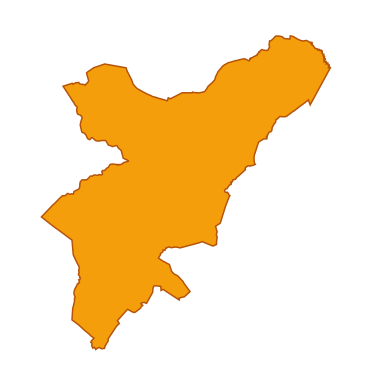 Dunalkas pag., Durbes, Latvia (Albers equal-area conic projection), rotated 83°
{"feature_id": "27541924B30514454851640", "entity_name": "Dunalkas pag.", "entity_type": "district", "adm_level": 2, "iso_a3": "LVA", "parent_name": "Latvia", "parent_adm1": "Durbes", "projection": "albers", "projection_center": [21.324, 56.682], "detail": "fine", "context": "isolated", "style": "filled", "palette": "amber", "viewbox_px": 384, "rotation_deg": 83, "n_neighbors": 0, "source": "geoboundaries", "source_scale": "gbopen_adm2", "svg_char_len": 5781}
<svg xmlns="http://www.w3.org/2000/svg" viewBox="0 0 384 384"><g transform="rotate(83 192 192)"><path d="M198.4,344.5L209.3,333.7L215.5,327.0L225.1,317.0L239.9,317.5L247.6,315.0L252.3,313.2L254.3,313.3L255.7,314.0L257.0,313.9L259.0,314.1L259.4,314.6L259.7,314.7L260.7,314.6L262.0,313.7L263.2,313.9L264.0,313.3L265.0,313.9L265.0,314.4L265.4,315.2L266.8,314.6L267.2,314.8L268.3,314.8L268.4,315.7L269.2,316.0L269.3,317.0L269.8,317.1L273.5,319.7L275.8,321.0L278.5,321.6L282.2,320.9L283.0,321.1L283.3,321.6L286.3,322.0L293.5,324.7L304.3,326.7L310.2,320.6L315.9,315.8L320.8,311.1L322.0,310.4L325.1,307.1L327.9,310.4L329.0,310.7L329.4,309.9L330.3,309.6L332.2,310.3L334.9,309.4L334.2,308.4L334.3,307.8L336.6,306.7L335.5,305.0L335.0,303.3L335.2,302.7L336.6,300.9L336.5,297.9L334.4,297.1L331.1,294.6L330.2,293.6L327.4,293.0L315.7,283.0L313.7,280.2L310.6,281.7L300.5,270.2L303.7,265.9L304.6,263.9L304.0,262.2L301.1,257.4L299.7,256.4L298.6,254.7L296.7,256.3L295.9,255.5L295.8,252.9L297.0,250.7L286.8,243.3L283.4,242.6L280.8,241.5L280.5,239.9L281.9,234.5L285.9,234.7L285.1,232.6L297.6,217.9L296.4,217.5L295.9,217.8L295.3,215.5L295.1,212.4L290.6,206.1L281.8,211.0L279.6,211.9L273.6,216.3L272.8,217.3L271.1,219.9L268.3,221.9L261.5,223.2L260.9,223.7L259.3,226.1L258.5,227.0L257.2,229.2L253.4,233.4L250.4,230.9L249.1,230.8L248.8,229.8L247.8,228.2L246.0,227.8L246.6,226.0L244.3,224.5L244.6,224.2L243.6,222.0L244.8,219.2L244.6,217.2L244.7,214.5L246.0,210.6L243.9,195.5L243.2,190.7L242.5,187.7L243.3,186.6L248.2,177.8L247.0,174.0L245.7,174.0L239.6,172.5L237.3,173.1L234.8,171.9L228.8,172.8L226.5,168.0L224.9,167.1L210.7,160.7L203.7,157.0L200.6,155.3L200.3,154.8L199.1,155.8L197.2,156.4L197.0,156.6L196.8,157.5L196.6,157.4L196.6,157.8L196.3,158.7L195.6,159.5L194.5,159.5L193.2,158.5L193.0,156.9L190.0,154.3L189.4,153.3L189.2,152.3L188.9,152.1L188.3,152.3L187.8,151.8L187.1,152.2L187.0,151.9L186.8,151.8L186.9,151.3L186.6,150.7L186.0,150.2L185.3,150.3L184.9,149.7L184.7,147.3L183.0,145.9L181.9,144.1L176.4,136.3L175.9,136.4L174.3,136.0L172.7,133.0L172.9,132.3L173.4,131.6L173.1,130.1L173.2,129.3L172.3,125.8L171.1,126.4L169.7,126.5L166.0,126.4L162.9,125.6L150.9,120.0L150.6,119.7L149.4,117.3L148.2,114.7L148.1,113.5L148.4,111.4L146.8,110.7L146.1,111.4L145.2,110.1L144.6,110.1L142.0,108.1L141.7,106.2L140.7,105.3L137.6,104.5L134.6,102.2L134.3,102.2L134.1,101.7L133.5,101.1L132.2,100.3L130.3,99.8L130.3,99.4L129.1,97.2L127.8,96.0L127.8,95.5L128.1,94.2L128.6,91.0L128.4,89.0L124.6,82.4L123.9,80.7L120.1,74.5L118.8,72.0L114.8,65.2L119.9,64.1L85.5,39.5L85.0,39.9L85.8,40.3L85.3,40.8L85.3,41.5L84.7,41.4L84.7,40.9L82.9,40.4L83.1,40.9L83.0,41.2L82.5,41.1L81.9,41.5L81.0,41.4L81.2,41.9L80.6,42.1L80.9,42.8L80.6,42.6L80.4,42.8L80.0,42.4L79.2,42.8L79.8,43.3L79.1,43.5L79.1,43.9L78.5,43.8L77.6,44.4L78.0,44.8L77.6,44.7L76.9,45.0L76.7,44.5L76.9,44.0L76.6,43.5L76.2,43.7L76.5,43.8L76.5,44.1L76.0,44.4L75.7,44.0L75.4,44.6L74.8,45.0L74.3,44.5L73.8,44.8L73.5,44.1L73.1,44.5L73.3,44.8L72.7,45.1L72.3,45.0L72.3,44.5L71.5,44.4L71.6,45.0L71.3,45.1L71.3,45.3L69.8,45.7L69.7,46.1L69.3,45.7L68.5,45.6L68.7,46.4L68.1,45.6L67.9,45.7L67.0,46.4L67.5,47.3L67.3,47.8L67.0,47.3L65.9,48.4L66.4,49.6L65.8,49.6L65.5,49.9L65.7,50.3L65.0,50.5L64.6,52.3L63.8,52.5L62.5,53.5L61.5,53.7L60.7,55.0L60.0,54.7L59.9,55.4L59.8,55.6L59.4,55.7L58.5,54.5L58.4,54.0L57.8,56.1L58.1,56.2L57.8,57.0L56.5,58.4L55.5,60.0L55.7,63.2L55.0,65.4L52.9,69.0L52.1,69.7L51.6,70.7L50.2,72.2L49.2,74.8L49.0,75.4L52.1,76.3L50.9,81.9L49.9,82.6L48.8,83.8L48.0,86.0L47.4,89.5L47.7,90.4L50.1,93.1L51.7,95.8L51.4,96.2L51.5,96.6L55.5,97.6L57.5,97.3L60.7,99.6L60.5,101.2L60.1,103.1L59.2,105.4L59.4,106.0L60.8,107.8L61.1,108.0L61.1,108.4L61.4,108.3L61.4,108.5L62.9,109.9L63.0,110.2L63.3,110.1L63.6,110.7L64.1,110.8L64.4,111.5L64.3,111.8L64.7,112.5L65.2,114.3L66.3,116.5L66.0,116.9L66.4,117.5L66.8,117.7L66.6,117.8L67.0,118.2L66.9,118.4L67.8,118.7L68.8,119.4L66.3,123.3L66.1,124.7L67.0,132.5L66.9,132.8L67.9,138.2L68.0,139.9L69.7,144.2L70.8,146.2L75.8,151.5L80.6,154.6L83.3,155.6L86.7,159.5L86.9,160.1L89.1,163.2L91.5,164.9L94.0,167.4L94.5,172.9L93.5,178.2L92.9,179.2L93.6,179.8L92.3,189.5L96.9,202.3L95.9,203.4L95.7,204.2L97.8,204.9L98.4,205.4L94.0,215.9L93.7,216.1L92.9,218.5L92.1,220.1L91.1,221.3L89.8,223.8L86.0,229.4L83.3,233.0L81.8,234.6L78.0,237.2L73.0,238.4L72.8,238.3L72.5,238.6L63.9,241.7L60.7,242.3L54.3,263.1L56.5,273.4L56.5,274.0L60.2,281.1L61.0,282.2L69.2,281.0L70.6,282.2L72.2,284.4L73.0,285.1L72.1,286.3L71.6,288.3L71.3,289.8L70.3,290.8L69.5,291.0L69.5,294.6L70.6,296.9L69.5,297.6L71.3,307.1L83.2,301.2L87.9,299.1L88.2,298.6L91.1,297.6L92.1,297.0L93.5,295.6L97.2,296.6L100.4,296.1L100.8,295.9L102.2,293.3L104.5,291.9L109.8,294.2L112.1,294.8L118.9,294.1L119.7,293.4L120.3,291.8L122.9,290.1L126.3,289.1L127.6,287.3L127.2,286.4L125.9,285.3L125.8,284.5L129.4,281.2L130.1,278.3L129.9,274.4L130.2,273.4L130.2,271.9L130.9,271.1L135.2,269.3L136.3,266.8L137.2,265.5L136.7,261.4L136.8,260.8L139.5,259.7L141.3,257.9L142.3,257.2L150.1,256.1L153.1,251.4L153.6,251.3L154.1,253.4L154.2,254.8L154.6,256.6L155.5,257.7L156.0,259.7L155.9,261.0L155.6,262.9L155.9,262.7L154.9,265.8L154.5,267.9L154.6,269.5L155.2,270.4L157.4,272.1L158.0,273.8L159.9,276.0L160.0,276.5L159.8,277.9L159.9,278.4L161.2,279.1L163.2,278.5L163.9,279.3L164.1,280.0L164.0,280.4L163.3,282.0L164.0,283.6L163.9,284.2L163.3,286.2L163.2,287.2L164.1,289.1L163.8,290.5L163.9,291.1L166.9,294.6L167.0,295.6L166.6,299.6L166.8,300.1L167.2,300.6L168.1,301.2L168.6,301.9L169.7,301.9L170.5,302.5L171.3,302.4L173.8,303.0L175.2,303.9L176.0,305.7L176.1,306.6L176.5,307.2L176.9,308.6L177.3,309.2L179.4,309.9L179.6,310.3L179.1,311.8L179.4,313.0L179.3,313.6L178.3,315.5L178.3,315.9L179.7,317.6L180.2,319.1L179.9,321.1L182.5,324.7L185.9,328.8L188.0,331.8L198.4,344.5Z" fill="#f59e0b" stroke="#b45309" stroke-width="1.5"/></g></svg>